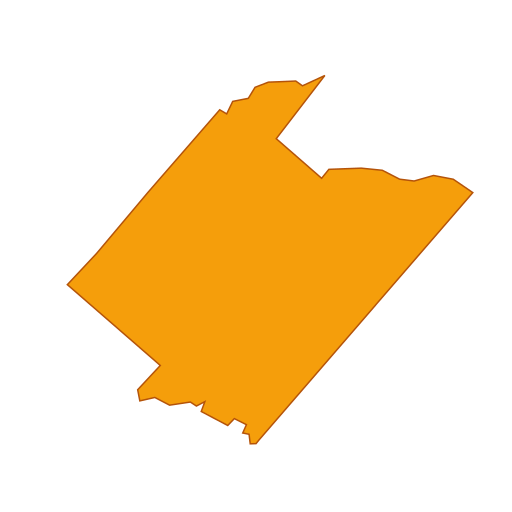 the district of Dallas, Arkansas, United States of America, rotated 309°
{"feature_id": "52423323B82335716857681", "entity_name": "Dallas", "entity_type": "district", "adm_level": 2, "iso_a3": "USA", "parent_name": "United States of America", "parent_adm1": "Arkansas", "projection": "albers", "projection_center": [-92.654, 33.975], "detail": "fine", "context": "isolated", "style": "filled", "palette": "amber", "viewbox_px": 512, "rotation_deg": 309, "n_neighbors": 0, "source": "geoboundaries", "source_scale": "gbopen_adm2", "svg_char_len": 695}
<svg xmlns="http://www.w3.org/2000/svg" viewBox="0 0 512 512"><g transform="rotate(309 256 256)"><path d="M237.8,132.0L157.7,130.5L115.0,127.4L113.6,168.5L110.7,250.5L77.6,248.2L70.3,256.9L82.4,266.4L85.7,282.7L101.2,296.9L101.9,304.1L110.6,307.9L100.7,311.3L106.5,340.7L116.0,341.5L118.9,354.7L110.1,357.1L113.1,362.8L106.4,369.7L110.2,374.1L114.8,374.1L292.7,379.8L294.2,379.8L441.7,384.6L439.8,361.0L430.3,343.3L413.8,331.7L406.1,319.3L402.1,300.2L390.5,282.5L369.2,258.1L357.7,258.1L359.9,197.9L439.6,195.9L417.5,185.0L417.0,176.8L405.7,164.0L398.9,156.2L386.5,149.1L373.7,150.8L361.5,140.6L348.0,143.8L346.8,135.8L237.8,132.0Z" fill="#f59e0b" stroke="#b45309" stroke-width="1.5"/></g></svg>